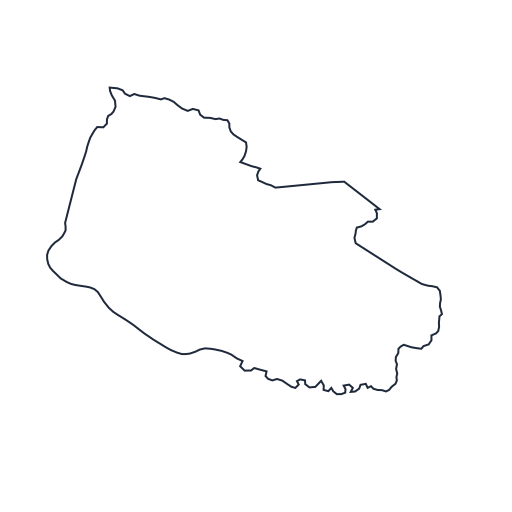 outline of Imaruí, Santa Catarina, Brazil, rotated 110°
{"feature_id": "56859067B62277062400963", "entity_name": "Imaruí", "entity_type": "district", "adm_level": 2, "iso_a3": "BRA", "parent_name": "Brazil", "parent_adm1": "Santa Catarina", "projection": "equal_earth", "projection_center": [-48.829, -28.216], "detail": "fine", "context": "isolated", "style": "outline", "palette": "slate", "viewbox_px": 512, "rotation_deg": 110, "n_neighbors": 0, "source": "geoboundaries", "source_scale": "gbopen_adm2", "svg_char_len": 2873}
<svg xmlns="http://www.w3.org/2000/svg" viewBox="0 0 512 512"><g transform="rotate(110 256 256)"><path d="M139.0,396.0L141.4,399.0L141.9,404.3L142.5,408.1L143.4,412.6L144.3,416.3L145.2,420.3L145.4,425.8L148.9,429.2L148.3,434.6L145.9,438.0L145.8,443.5L147.8,451.1L150.8,449.6L154.3,446.5L158.3,441.6L163.9,439.0L169.0,439.3L172.1,440.5L174.9,442.8L178.6,442.8L182.6,441.4L187.3,443.5L189.1,449.3L193.1,450.7L196.7,451.4L201.4,452.2L206.1,452.2L211.0,452.0L215.6,451.4L219.8,451.2L228.9,451.0L238.7,451.1L245.2,451.2L290.2,446.7L293.5,445.0L296.9,443.7L299.9,444.0L303.8,444.7L308.4,446.9L312.0,449.5L316.5,451.6L322.0,452.9L326.4,452.7L330.5,451.1L334.6,448.4L337.4,445.4L339.4,441.8L341.5,437.1L343.9,431.8L345.2,424.8L345.5,420.1L345.0,415.6L343.9,410.1L342.9,405.2L342.3,401.3L342.4,396.6L343.9,392.4L346.6,388.8L351.1,383.0L355.1,376.4L357.3,371.0L358.5,366.2L359.3,362.2L360.6,356.2L362.0,350.4L363.2,346.2L365.0,340.7L367.1,334.0L368.4,328.7L369.6,324.1L370.5,319.8L371.4,315.3L372.5,310.1L373.5,304.0L373.8,296.9L373.5,292.1L372.0,288.0L370.2,284.6L366.4,279.9L363.2,276.9L360.2,272.3L358.6,266.5L357.8,262.2L356.9,255.7L356.8,249.7L357.1,245.6L358.8,238.8L359.3,232.7L365.0,233.2L367.6,227.5L365.3,221.5L361.9,219.4L361.4,213.0L360.8,206.6L365.5,206.0L367.3,202.6L367.3,198.1L364.4,194.2L364.1,188.7L365.7,182.6L366.8,178.0L366.5,173.9L362.2,171.9L359.6,174.7L356.9,172.4L356.1,167.4L359.6,165.9L361.2,160.8L358.7,155.5L354.9,153.8L351.0,152.1L354.5,148.0L358.7,146.7L358.3,141.8L354.2,140.1L356.7,137.1L358.2,132.8L356.6,128.6L353.9,125.4L350.4,126.4L347.8,129.3L345.0,124.5L346.8,119.9L351.3,120.5L349.5,116.6L345.4,113.7L341.3,113.7L338.6,109.1L341.7,106.0L339.0,103.4L340.6,100.2L340.3,95.8L339.0,91.9L338.8,87.5L336.3,85.1L332.5,83.8L328.3,81.2L324.7,81.1L321.8,82.6L318.1,83.1L314.3,85.7L309.5,86.5L306.8,88.9L303.1,90.0L298.5,89.1L294.5,90.4L291.6,89.1L288.9,86.8L288.6,78.7L287.5,72.8L286.6,68.9L283.4,67.8L280.0,63.5L275.2,62.3L270.6,64.0L267.2,60.4L264.2,59.1L260.0,59.7L255.9,61.4L253.0,62.1L250.0,63.0L247.0,61.4L243.8,63.5L240.7,65.9L237.3,66.9L233.7,67.4L230.4,68.9L225.9,71.3L223.5,75.2L224.1,80.0L225.1,84.2L225.6,90.6L221.7,112.8L220.2,120.4L209.9,166.7L205.3,169.7L201.0,170.1L198.1,170.8L194.8,171.0L192.2,167.2L189.1,164.6L185.5,162.6L183.8,158.0L179.3,155.3L174.5,157.0L171.7,159.7L169.7,155.9L156.0,198.5L160.6,209.8L183.1,256.9L185.1,261.2L184.4,266.5L184.8,270.5L184.4,275.4L184.1,279.9L179.8,282.6L175.7,282.7L172.5,281.8L172.6,286.0L173.1,290.9L173.1,297.4L173.1,302.9L169.6,301.7L165.7,301.0L161.0,301.2L156.7,302.1L152.7,304.2L151.6,309.4L150.5,314.7L149.5,318.7L147.6,322.3L144.1,325.1L140.6,326.4L138.2,329.3L139.3,333.4L139.3,337.4L141.2,340.8L141.9,346.4L143.8,352.1L142.3,356.8L138.8,359.8L139.4,365.7L143.0,369.8L142.7,376.0L141.0,381.6L139.3,386.0L138.7,391.1L139.0,396.0Z" fill="none" stroke="#1e293b" stroke-width="2"/></g></svg>